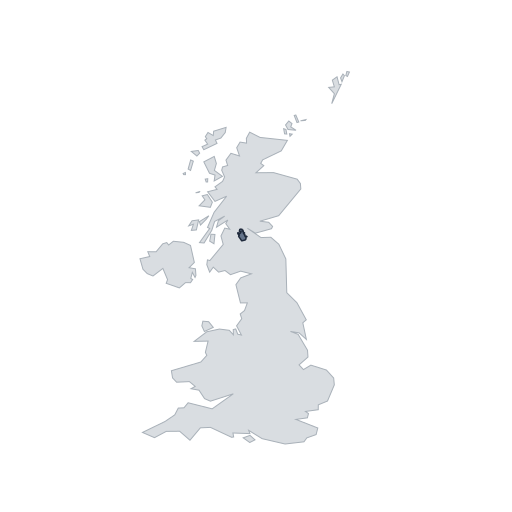 where North Lanarkshire sits in United Kingdom, rotated 16°
{"feature_id": "GBR-2007", "entity_name": "North Lanarkshire", "entity_type": "Unitary District", "adm_level": 1, "iso_a3": "GBR", "parent_name": "United Kingdom", "parent_adm1": "", "projection": "albers", "projection_center": [-3.971, 55.879], "detail": "fine", "context": "in_parent", "style": "filled", "palette": "slate", "viewbox_px": 512, "rotation_deg": 16, "n_neighbors": 0, "source": "natural_earth", "source_scale": "10m", "svg_char_len": 4567}
<svg xmlns="http://www.w3.org/2000/svg" viewBox="0 0 512 512"><g transform="rotate(16 256 256)"><path d="M272.2,394.7L252.2,408.1L245.9,407.3L238.2,400.7L230.1,401.5L233.5,398.1L226.6,395.1L214.5,399.2L209.4,396.2L206.3,389.6L232.2,373.1L236.1,365.1L233.9,362.6L233.4,351.0L220.1,355.1L229.6,342.4L241.0,336.3L250.8,334.8L256.0,338.0L254.4,333.0L256.6,331.7L260.0,336.2L263.8,336.0L256.6,328.5L259.6,320.2L256.8,316.1L260.0,311.6L260.6,303.5L254.0,305.4L244.6,289.1L247.3,281.3L256.5,274.4L245.4,274.8L236.6,281.0L230.2,278.5L224.5,281.8L218.0,278.5L215.9,284.3L211.1,277.9L210.4,273.1L212.9,273.1L221.3,253.9L216.8,246.4L218.3,237.8L223.4,237.5L218.0,233.2L219.0,229.2L210.1,239.2L210.1,232.5L214.9,226.3L206.7,234.2L206.4,243.6L202.5,257.8L198.0,258.7L203.9,242.3L201.5,241.9L203.7,225.5L211.3,206.6L201.5,214.8L191.8,207.6L200.2,202.7L197.5,200.8L203.3,193.5L204.0,188.6L199.4,183.0L199.3,179.6L203.8,176.8L200.7,172.1L203.6,164.2L212.6,164.4L207.6,157.2L209.3,150.9L215.8,150.1L214.3,145.5L215.8,138.7L227.2,140.9L254.3,136.2L251.3,148.0L235.9,161.7L235.0,165.7L238.6,167.0L233.0,176.0L249.9,171.0L274.4,170.8L278.7,174.1L280.6,179.2L266.7,211.0L250.1,221.5L258.9,220.1L263.8,223.0L263.4,225.5L249.1,234.2L240.1,231.7L255.7,236.9L265.1,233.9L274.7,238.4L285.5,250.6L295.7,282.8L308.3,289.7L321.9,303.5L319.4,307.3L327.4,322.3L318.6,318.0L309.9,319.0L318.1,319.7L331.5,332.4L333.8,338.8L327.4,348.8L332.9,352.1L338.8,345.8L355.1,346.2L364.3,351.9L366.8,358.3L364.7,375.7L356.9,381.9L358.2,386.6L346.4,391.8L349.9,393.0L350.0,397.4L339.4,402.1L362.8,404.3L363.0,411.1L355.0,416.8L353.3,421.4L335.8,428.7L312.2,429.9L297.0,425.6L299.1,428.4L282.6,432.5L284.4,436.1L282.6,437.0L259.5,433.3L249.9,436.5L243.3,451.3L230.9,445.5L218.1,449.3L208.5,458.6L195.5,456.9L214.2,440.1L221.7,431.1L223.2,423.6L228.6,421.8L231.2,415.8L256.0,415.0L272.2,394.7ZM191.1,307.8L177.2,307.0L177.5,303.1L169.9,293.6L162.5,303.6L156.3,302.9L151.0,299.9L145.2,290.6L154.0,285.8L150.8,281.7L158.8,279.5L163.0,270.0L166.5,267.7L169.0,269.5L172.5,264.6L182.7,262.8L190.1,263.9L198.5,279.2L194.9,285.7L201.3,285.0L203.6,291.2L203.3,293.4L199.3,289.3L199.5,295.6L201.6,296.0L200.4,299.7L195.6,301.0L191.1,307.8ZM192.4,145.8L189.7,152.3L185.0,155.7L187.5,158.5L176.5,168.2L174.0,165.7L178.7,161.8L174.9,158.7L176.4,156.9L174.4,155.2L175.8,150.5L181.7,152.0L180.9,147.7L191.8,140.6L192.4,145.8ZM192.4,178.0L192.4,185.2L201.8,188.7L195.1,195.4L194.3,189.5L188.5,189.3L179.9,179.9L188.4,171.8L192.4,178.0ZM284.5,61.4L288.7,68.5L290.6,67.4L286.8,88.7L286.6,78.4L279.4,73.9L284.7,71.8L280.9,65.9L284.5,61.4ZM198.7,221.8L187.5,223.4L191.4,216.1L187.7,213.0L192.3,210.3L199.2,216.3L198.7,221.8ZM228.6,332.2L234.6,336.4L227.2,342.8L223.2,338.1L222.9,333.3L228.6,332.2ZM190.9,237.1L191.5,247.4L186.8,249.2L187.1,242.7L183.0,245.6L184.8,239.8L190.9,237.1ZM254.1,118.8L253.8,122.3L259.8,124.1L251.9,125.6L248.3,121.9L250.3,117.2L254.1,118.8ZM212.2,255.8L207.4,254.5L206.7,247.5L210.6,246.6L212.2,255.8ZM305.7,433.0L301.4,437.0L293.8,434.3L299.7,430.1L305.7,433.0ZM194.1,241.6L192.1,238.6L199.6,230.3L198.0,234.5L194.1,241.6ZM171.4,170.5L173.5,172.7L171.6,176.2L165.0,173.3L171.4,170.5ZM169.5,191.8L166.8,191.1L166.7,181.7L169.6,182.1L169.5,191.8ZM290.6,64.8L288.2,61.5L289.4,57.1L291.3,58.3L290.6,64.8ZM260.2,115.4L258.6,116.4L254.0,110.4L255.4,109.5L260.2,115.4ZM252.0,130.3L249.8,130.7L247.5,126.0L249.9,126.1L252.0,130.3ZM295.1,53.4L294.4,58.2L292.6,57.8L292.5,53.6L295.1,53.4ZM266.0,112.1L261.5,113.8L266.4,111.1L266.0,112.1ZM189.1,198.2L187.7,198.6L186.0,196.1L188.3,195.0L189.1,198.2ZM257.2,128.9L255.7,131.6L254.5,129.2L257.2,128.9ZM183.5,210.7L180.5,211.9L184.5,209.3L183.5,210.7ZM165.8,197.2L164.0,197.7L163.2,196.8L165.1,195.2L165.8,197.2Z" fill="#d9dde1" stroke="#a8b0b8" stroke-width="1"/><path d="M235.3,234.3L235.5,234.8L235.6,235.1L236.3,235.0L236.2,235.8L237.0,235.8L237.1,236.4L237.3,236.8L238.5,236.9L238.6,237.0L237.9,237.8L238.7,238.4L239.6,238.8L239.7,239.2L239.5,239.4L240.1,240.1L241.4,239.6L241.9,239.9L241.8,240.1L241.3,240.3L241.1,240.6L241.6,242.3L241.6,242.6L241.3,243.2L241.3,243.4L240.3,244.1L238.9,244.9L238.2,245.3L237.9,245.2L237.3,244.7L236.1,243.7L234.3,242.3L233.9,241.8L233.9,241.7L233.9,241.2L234.2,240.7L234.2,240.4L234.0,240.2L233.7,240.2L233.2,240.2L232.9,240.0L232.4,239.4L232.1,239.0L232.1,238.8L232.6,238.6L233.6,238.7L234.2,238.7L234.5,238.6L234.8,238.1L234.9,237.4L234.9,237.0L234.7,236.8L234.1,236.8L233.6,236.9L233.4,237.0L233.2,236.7L233.1,235.9L233.1,235.0L233.4,234.9L234.0,234.3L235.3,234.3Z" fill="#64748b" stroke="#1e293b" stroke-width="1.5"/></g></svg>